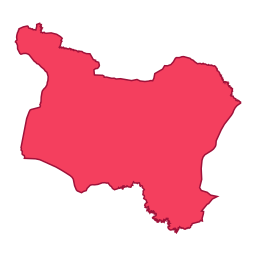 outline of Phon Na Kaeo, Sakon Nakhon, Thailand
{"feature_id": "78962969B15613866978457", "entity_name": "Phon Na Kaeo", "entity_type": "district", "adm_level": 2, "iso_a3": "THA", "parent_name": "Thailand", "parent_adm1": "Sakon Nakhon", "projection": "mercator", "projection_center": [104.325, 17.213], "detail": "fine", "context": "isolated", "style": "filled", "palette": "rose", "viewbox_px": 256, "rotation_deg": 0, "n_neighbors": 0, "source": "geoboundaries", "source_scale": "gbopen_adm2", "svg_char_len": 5723}
<svg xmlns="http://www.w3.org/2000/svg" viewBox="0 0 256 256"><path d="M176.4,232.7L177.9,230.4L178.0,229.5L178.4,229.4L178.1,228.8L179.2,228.0L178.9,227.7L179.3,227.7L179.7,226.8L181.1,228.2L181.5,227.7L182.4,228.2L183.0,228.0L184.0,228.9L185.1,229.2L185.8,228.6L186.8,228.6L187.1,228.0L187.6,228.1L188.2,227.6L189.0,228.2L189.7,227.9L190.5,227.2L190.8,225.6L191.7,225.1L192.2,223.6L199.6,221.7L200.5,220.4L202.4,221.0L202.1,218.4L203.4,213.6L203.6,211.5L201.5,211.1L207.2,204.2L208.6,203.6L212.4,199.0L217.3,196.5L210.6,195.1L207.2,192.3L201.3,190.5L199.6,187.7L201.7,179.4L201.2,168.6L202.0,160.3L203.0,157.2L204.8,154.8L211.5,150.6L213.5,149.0L215.4,146.4L215.9,144.8L216.2,140.8L221.2,129.8L224.4,124.2L231.4,115.2L232.9,112.7L233.7,110.4L235.2,107.7L237.1,105.5L240.6,103.1L240.5,102.0L239.8,101.8L238.7,100.6L237.7,100.8L237.7,100.2L237.3,100.0L236.6,100.5L236.0,100.4L235.9,99.0L233.7,97.8L233.1,96.2L231.2,95.9L231.5,95.1L230.8,95.0L231.1,94.5L231.7,94.3L231.5,93.8L231.9,93.1L231.7,92.4L231.9,91.5L232.4,91.3L232.1,90.7L232.4,90.3L232.2,89.2L232.5,88.9L232.4,88.6L231.3,88.5L231.4,87.8L230.9,87.3L230.4,87.5L229.8,86.8L229.8,86.2L229.3,86.4L229.3,85.8L228.6,85.9L227.9,84.1L228.3,83.5L227.8,83.5L228.1,83.1L228.0,82.3L227.3,82.5L226.8,82.0L226.4,82.2L225.4,81.8L225.0,82.8L224.6,81.8L223.7,82.2L223.8,81.6L222.7,80.1L223.0,79.5L222.3,79.4L222.5,78.1L221.8,78.0L221.7,76.9L220.8,76.3L221.2,75.4L220.4,75.4L220.4,74.4L219.6,73.9L219.5,72.7L218.4,71.3L217.1,70.6L217.2,69.1L216.8,68.9L216.8,68.3L216.1,67.8L215.7,66.7L214.5,65.8L213.7,66.1L211.5,65.1L211.0,65.5L210.2,65.1L208.9,65.2L208.6,64.7L208.1,65.1L207.5,65.1L205.0,63.9L204.0,64.1L203.1,63.3L201.9,64.1L200.2,63.4L197.4,63.7L194.4,61.5L193.4,60.4L191.2,59.4L190.0,58.3L183.7,56.6L182.0,56.7L179.4,57.6L176.3,57.6L175.3,58.4L173.4,61.8L170.9,64.6L167.5,65.8L164.6,65.7L162.6,69.1L154.8,73.6L153.9,78.3L152.7,80.7L150.4,80.6L148.7,81.1L144.9,81.5L140.2,81.0L137.0,79.5L131.6,80.6L120.5,78.7L116.1,79.0L114.3,78.2L111.7,78.3L106.6,77.1L104.2,77.2L103.9,76.0L102.6,75.3L94.7,75.0L94.4,74.8L93.9,69.9L95.7,68.5L97.0,68.6L98.1,67.9L99.1,66.4L99.4,65.3L98.6,62.3L95.5,61.3L95.6,60.3L93.3,59.6L90.0,53.8L86.3,53.6L83.2,52.5L82.0,51.5L80.0,51.3L79.3,51.5L78.9,51.0L78.1,51.9L76.8,50.7L74.5,50.1L74.0,50.5L73.5,49.8L73.2,50.1L72.8,49.7L71.7,49.6L71.7,49.2L71.0,49.0L70.8,49.3L70.6,48.8L69.7,48.7L69.6,48.4L68.1,49.1L67.2,48.6L66.3,48.6L66.2,48.2L65.8,48.1L65.5,48.4L64.6,48.1L64.2,48.5L63.5,47.3L62.9,47.7L62.2,47.4L61.9,47.8L61.6,47.2L59.6,47.8L59.2,47.3L60.2,46.0L61.2,42.1L61.9,41.2L61.0,40.5L62.2,38.3L60.4,36.6L56.7,34.3L51.2,32.9L46.1,33.3L44.9,33.1L44.2,32.3L43.3,32.5L42.7,33.0L42.0,32.4L41.0,32.4L41.2,31.9L41.0,30.9L41.2,30.6L40.6,30.1L41.7,29.1L41.2,28.8L41.2,28.3L41.6,28.3L41.1,27.8L41.6,27.6L41.0,27.4L41.4,27.0L41.2,26.2L40.7,26.1L41.1,25.8L40.8,25.5L41.2,24.6L40.3,24.6L39.7,23.3L36.7,24.5L36.7,26.5L35.8,30.0L34.0,29.6L33.3,29.8L32.7,29.5L32.7,29.1L32.3,28.8L31.3,29.0L30.2,28.3L29.2,28.3L28.5,27.7L28.1,26.4L27.3,26.0L23.3,26.9L19.0,28.8L19.0,29.6L18.4,30.2L18.3,31.3L17.6,32.4L16.9,35.0L16.6,37.2L17.0,40.0L16.0,40.8L15.4,41.9L16.3,42.6L17.5,45.4L17.6,48.9L19.9,53.4L20.9,54.2L23.4,53.5L26.0,53.4L27.6,53.9L29.1,54.7L34.2,61.2L35.9,62.4L36.7,63.5L38.8,64.3L41.2,66.9L43.9,69.1L45.3,71.1L46.9,72.3L48.2,76.6L47.9,80.6L47.3,82.3L47.0,84.7L45.5,87.4L43.8,89.0L42.4,90.9L42.0,92.2L41.2,97.0L41.0,102.1L40.6,102.4L40.6,103.3L39.9,104.6L40.4,105.7L40.2,106.7L39.6,107.3L31.2,109.5L30.1,110.1L29.1,112.0L26.7,118.4L21.0,147.7L21.4,148.3L21.1,150.1L22.3,151.3L22.1,154.0L22.8,154.8L24.3,155.6L24.7,157.6L24.4,158.3L35.5,158.8L39.8,159.7L56.0,167.0L61.6,170.2L70.2,175.6L72.1,177.3L73.3,179.2L74.6,185.7L76.3,189.8L77.3,190.9L81.5,192.7L83.6,191.4L86.2,190.6L87.1,188.4L90.2,185.2L92.1,184.7L94.7,184.8L97.9,184.4L102.3,182.8L104.9,182.7L106.7,183.1L108.1,183.0L110.2,185.8L111.4,186.5L112.5,188.4L114.5,189.7L118.0,188.6L118.6,187.5L119.3,188.3L120.1,188.2L120.9,187.2L121.3,187.3L122.4,188.9L122.8,189.0L123.2,188.0L122.4,186.6L123.0,185.9L124.1,185.9L124.2,186.9L124.7,187.2L125.4,186.7L126.6,186.7L127.0,185.9L128.3,186.8L130.8,187.2L131.3,186.5L131.4,185.3L132.7,185.3L132.4,184.3L133.5,181.9L134.7,183.0L136.4,182.9L137.3,183.5L137.9,182.9L139.4,182.9L139.5,183.8L140.1,184.5L139.9,185.7L140.5,186.2L141.1,185.7L142.1,185.9L142.5,186.4L142.3,187.5L144.3,189.5L143.1,191.1L143.3,192.1L142.9,194.7L144.2,195.5L144.4,196.8L143.7,198.5L146.0,199.9L146.8,201.9L146.5,202.4L146.9,202.6L145.1,204.1L144.7,205.3L145.4,206.2L145.0,207.2L146.1,207.7L148.4,206.6L148.5,208.3L149.1,209.0L148.6,209.6L147.3,209.0L146.9,210.6L148.8,210.3L148.5,211.7L149.4,212.0L149.9,213.1L150.2,212.7L150.0,211.7L150.9,211.9L151.1,210.7L151.7,210.8L152.2,211.5L151.7,212.5L152.2,212.8L153.3,212.6L152.8,211.5L153.4,211.0L154.2,211.9L154.1,213.8L154.9,214.1L155.7,213.3L156.1,213.6L156.2,215.0L155.7,215.8L153.9,216.4L153.7,218.1L152.9,217.3L152.5,217.8L152.8,218.3L154.5,219.2L154.8,220.0L155.8,220.6L156.1,220.3L155.8,219.0L156.8,219.3L157.8,220.4L157.0,221.6L157.2,222.1L158.5,222.0L159.3,220.8L159.2,220.1L159.5,219.8L161.1,220.4L161.1,221.8L161.7,222.3L162.1,222.1L162.0,221.3L162.5,221.2L164.1,222.3L164.4,221.0L163.3,220.7L163.8,219.5L165.8,220.6L165.6,219.4L166.6,219.2L166.5,218.4L167.9,218.4L168.0,218.8L167.5,219.9L168.2,220.4L168.1,221.2L169.1,221.0L169.4,221.4L169.2,222.1L168.1,222.2L168.0,222.9L169.2,222.9L169.9,223.3L168.0,224.0L169.4,225.2L169.7,225.9L169.5,226.4L168.2,226.3L168.0,227.3L168.3,228.2L169.4,229.5L170.7,230.0L172.8,229.6L173.4,228.6L173.8,228.8L173.7,229.7L174.5,229.8L174.7,229.7L174.6,228.6L174.9,228.2L175.3,228.3L175.9,229.3L176.9,229.7L175.0,231.4L175.1,232.0L175.9,231.9L176.4,232.7Z" fill="#f43f5e" stroke="#9f1239" stroke-width="1.5"/></svg>